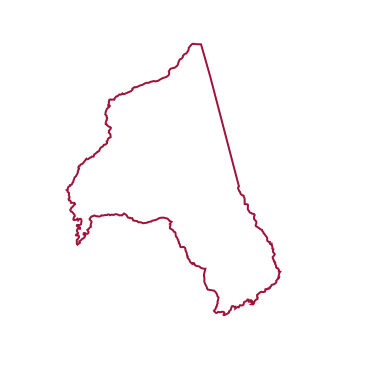 Araguaçu, Tocantins, Brazil (Natural Earth projection), rotated 222°
{"feature_id": "56859067B84817791137165", "entity_name": "Araguaçu", "entity_type": "district", "adm_level": 2, "iso_a3": "BRA", "parent_name": "Brazil", "parent_adm1": "Tocantins", "projection": "natural_earth1", "projection_center": [-49.734, -12.841], "detail": "fine", "context": "isolated", "style": "outline", "palette": "rose", "viewbox_px": 384, "rotation_deg": 222, "n_neighbors": 0, "source": "geoboundaries", "source_scale": "gbopen_adm2", "svg_char_len": 5990}
<svg xmlns="http://www.w3.org/2000/svg" viewBox="0 0 384 384"><g transform="rotate(222 192 192)"><path d="M286.3,109.6L285.3,109.6L284.4,108.9L282.7,109.0L281.4,107.2L279.8,106.4L279.1,105.7L279.3,104.6L278.5,103.8L277.8,103.5L277.0,104.1L276.0,104.0L274.8,102.9L272.2,105.2L271.3,105.1L270.7,104.6L271.0,103.4L270.8,101.4L271.1,99.5L270.7,98.7L270.7,97.6L270.2,96.9L268.5,96.6L267.6,97.0L263.8,96.4L262.9,95.5L263.0,94.4L261.8,92.2L261.0,92.2L259.6,93.6L259.2,95.5L257.6,94.7L257.6,96.7L257.0,97.4L256.1,97.6L255.5,97.2L254.5,96.3L252.8,93.5L253.8,91.9L255.3,90.7L255.1,89.8L253.7,89.7L252.3,90.5L251.5,90.7L250.6,89.8L252.1,88.5L252.3,87.6L251.9,86.6L251.0,85.7L249.5,85.4L249.0,84.8L249.2,83.8L249.6,82.9L249.2,82.2L247.0,83.7L246.3,83.4L245.7,82.7L245.5,81.7L245.5,79.2L242.9,76.4L241.9,76.2L241.6,78.3L241.3,79.2L242.1,79.4L242.8,79.9L242.3,81.1L242.2,83.9L241.7,84.7L241.6,85.5L241.8,87.3L242.2,88.1L244.2,87.9L244.9,88.9L244.4,89.8L242.8,90.0L241.7,91.1L241.5,91.9L242.1,93.1L244.4,93.8L244.1,95.8L244.2,97.6L243.8,98.4L244.3,99.0L245.0,99.3L246.7,102.6L247.6,103.0L249.7,103.1L250.3,104.0L250.3,106.5L249.7,107.3L248.9,109.2L246.6,110.1L246.1,110.7L245.1,111.2L244.3,112.0L243.7,113.0L243.6,114.2L242.5,114.8L241.2,116.6L239.9,117.9L239.4,119.1L238.7,119.7L237.6,119.7L236.4,121.6L235.1,122.3L233.9,124.5L232.0,125.6L230.3,126.0L229.1,127.4L228.4,127.7L228.1,130.6L225.2,131.0L222.7,130.2L221.1,130.9L220.7,131.5L219.6,131.7L218.9,132.6L216.5,131.5L213.3,133.7L211.6,133.6L210.6,134.7L210.0,134.9L209.2,135.5L207.4,136.1L204.7,139.3L204.5,140.3L202.5,142.9L202.4,144.0L200.9,146.0L199.6,148.3L198.8,150.8L197.6,152.4L196.9,152.9L196.5,153.6L192.5,155.8L190.4,155.7L189.7,155.4L187.3,156.2L187.1,153.4L186.4,153.5L185.8,153.0L185.3,151.5L184.0,150.2L180.8,150.9L180.0,150.8L179.1,150.3L178.1,150.8L177.2,150.7L174.2,148.2L172.5,148.1L171.6,147.5L169.8,147.0L169.4,146.4L168.1,146.0L167.7,145.3L166.1,145.0L164.3,143.6L163.6,143.5L163.0,143.9L161.4,145.6L160.7,145.8L159.7,145.8L159.0,145.4L157.7,144.2L155.2,143.2L153.4,141.7L152.0,141.3L151.9,140.5L150.5,140.0L148.5,139.9L147.1,138.9L144.0,138.7L143.3,138.9L143.8,139.8L143.2,140.4L142.3,140.3L140.6,139.6L139.8,139.8L136.5,141.6L134.5,141.6L133.5,142.0L131.2,143.3L130.7,143.9L127.9,138.7L126.7,137.3L125.3,136.5L122.9,133.6L120.8,132.5L117.1,131.1L116.4,130.4L114.9,130.1L109.5,133.5L106.7,133.3L104.5,132.4L103.2,131.5L101.7,131.4L100.1,128.6L99.8,127.7L98.4,126.4L98.1,125.0L97.0,123.5L97.2,122.7L96.3,121.1L96.2,118.4L93.4,118.1L92.6,118.8L92.4,120.4L91.0,121.1L89.1,123.6L88.1,124.0L87.4,124.1L86.9,123.5L86.3,121.8L85.7,122.0L84.3,125.1L83.9,127.2L84.6,128.1L84.3,130.1L85.5,132.7L85.8,134.1L85.1,134.7L84.1,134.8L83.1,135.7L81.9,134.3L81.7,135.5L81.0,137.2L80.1,137.5L80.6,139.9L79.1,141.0L78.4,142.0L78.4,142.9L79.6,144.9L78.2,148.5L78.8,149.2L77.9,149.9L76.2,148.6L75.7,149.2L75.8,151.1L75.1,151.2L74.8,149.8L73.8,149.7L73.4,150.9L72.6,150.9L72.4,150.2L72.8,148.3L71.4,149.4L71.4,150.3L72.5,153.0L72.3,155.4L71.7,156.1L72.6,157.6L73.3,157.5L74.8,159.1L74.4,160.3L74.6,161.1L74.0,163.8L72.1,165.4L71.1,166.9L72.4,168.8L72.0,169.5L71.2,169.8L70.8,170.5L70.9,171.3L70.1,171.7L69.9,172.5L70.5,173.0L70.1,174.4L70.6,176.0L70.3,177.0L69.3,178.2L68.9,180.7L69.0,181.6L70.0,182.3L70.1,184.5L69.8,186.1L70.2,187.0L70.8,186.5L72.9,190.3L73.1,191.5L73.7,190.8L74.5,191.1L75.1,192.3L76.2,192.4L77.1,192.8L77.8,192.2L78.7,192.2L79.4,192.5L79.9,193.2L80.7,193.7L82.4,194.3L82.6,195.1L83.2,195.4L84.6,195.1L85.1,195.9L86.5,196.3L88.4,197.4L88.7,200.9L89.3,201.3L91.5,201.6L92.5,202.3L93.2,203.9L94.5,203.7L95.3,204.9L95.9,205.1L98.2,206.8L98.4,205.8L99.6,205.7L100.7,206.9L101.3,206.3L103.3,206.1L104.3,206.8L104.7,207.5L105.6,208.3L110.2,209.3L111.2,209.2L111.9,209.9L113.5,210.0L114.7,210.7L115.9,210.2L120.6,209.7L121.4,209.4L122.1,209.6L122.7,210.3L123.5,212.3L125.0,213.2L127.3,213.3L128.3,213.8L129.6,215.5L129.9,216.7L131.1,217.2L133.1,216.0L134.2,216.0L135.1,215.5L136.1,215.6L136.8,216.1L138.0,216.1L139.3,216.8L141.6,219.7L142.4,220.0L144.8,218.3L148.6,222.4L150.4,223.1L151.2,223.8L153.1,223.1L154.1,223.1L155.6,223.6L156.4,224.2L157.6,224.3L160.0,225.4L160.8,226.4L160.8,227.5L255.9,290.1L284.1,307.8L288.1,304.4L290.4,302.9L290.8,302.3L291.0,301.5L290.9,297.1L289.8,295.6L289.2,293.5L288.9,291.3L289.5,290.2L289.9,288.6L289.9,287.4L289.1,286.0L289.0,285.1L289.0,284.1L289.8,282.2L289.1,279.9L287.6,276.8L287.5,275.6L288.0,272.9L289.6,270.6L290.4,269.2L290.4,268.5L289.9,266.0L288.7,265.3L287.7,264.0L287.6,262.0L288.4,259.5L289.3,258.4L290.4,255.9L291.2,253.7L291.4,252.3L293.3,249.6L294.2,249.2L295.0,248.4L296.7,245.8L297.1,244.3L299.0,242.6L299.9,240.5L300.6,238.2L301.9,236.5L302.6,234.6L303.8,232.1L304.8,231.7L305.5,229.0L304.7,228.4L304.8,226.2L307.8,219.7L308.6,218.6L309.7,218.7L309.8,217.1L310.3,216.5L311.1,216.0L311.4,214.9L311.4,213.4L312.2,212.5L312.2,210.0L311.8,209.3L311.6,208.4L312.6,207.9L313.6,206.6L314.7,206.2L315.1,204.9L314.4,204.1L314.2,203.3L313.6,202.9L312.9,202.0L312.6,200.9L311.9,201.1L311.7,200.1L310.6,200.7L310.5,199.5L310.9,196.8L309.7,193.7L308.3,191.6L306.4,191.5L305.8,190.6L304.9,190.5L304.1,189.8L304.1,188.9L303.4,188.3L303.3,187.4L302.5,185.8L301.5,184.7L300.9,185.2L300.1,184.8L297.7,184.9L296.3,185.5L295.3,185.5L294.8,184.8L294.7,181.9L293.9,181.3L293.6,180.5L291.3,180.3L289.2,178.4L289.4,177.5L290.0,176.6L290.0,175.2L289.1,173.6L289.3,172.6L288.4,172.2L287.8,171.3L288.0,170.6L287.9,169.5L289.1,168.1L288.7,166.3L289.5,164.0L289.5,163.1L288.5,160.5L288.9,159.6L288.8,158.6L289.3,158.0L289.3,156.4L289.8,154.6L288.8,152.4L290.3,151.1L290.2,150.1L290.7,149.4L291.1,147.2L291.5,146.5L292.1,145.9L292.7,146.0L292.2,139.9L293.1,137.8L292.9,136.6L293.3,136.0L293.2,134.7L292.6,133.9L291.8,134.1L291.3,133.3L291.3,132.3L290.7,131.5L290.6,130.7L289.7,129.9L288.8,126.1L289.0,124.1L288.4,123.1L287.7,121.0L286.9,120.0L287.0,118.9L286.6,118.0L286.4,117.0L287.3,115.4L286.7,115.0L287.3,113.1L287.0,112.0L285.8,110.5L286.3,109.6Z" fill="none" stroke="#9f1239" stroke-width="2"/></g></svg>